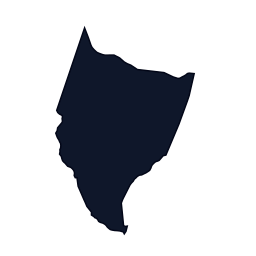 Quixeré, Ceará, Brazil, rotated 263°
{"feature_id": "56859067B90089990394430", "entity_name": "Quixeré", "entity_type": "district", "adm_level": 2, "iso_a3": "BRA", "parent_name": "Brazil", "parent_adm1": "Ceará", "projection": "mercator", "projection_center": [-37.907, -5.11], "detail": "fine", "context": "isolated", "style": "filled", "palette": "ink", "viewbox_px": 256, "rotation_deg": 263, "n_neighbors": 0, "source": "geoboundaries", "source_scale": "gbopen_adm2", "svg_char_len": 1486}
<svg xmlns="http://www.w3.org/2000/svg" viewBox="0 0 256 256"><g transform="rotate(263 128 128)"><path d="M154.2,59.4L151.9,60.2L150.2,61.7L148.4,64.3L146.7,64.2L145.2,63.7L143.6,63.8L141.8,63.5L136.8,58.2L134.0,57.4L131.7,55.7L128.9,56.3L127.0,56.8L124.4,58.0L122.5,58.5L120.9,59.2L118.7,59.2L116.4,58.7L114.9,57.8L112.6,57.6L110.4,56.9L107.9,58.4L105.9,58.6L103.5,59.1L101.9,60.2L100.6,61.4L99.0,62.4L97.4,63.5L96.6,65.0L95.9,66.4L94.5,67.7L92.8,68.8L91.3,69.3L89.7,69.4L87.3,68.8L85.1,69.6L84.9,71.3L76.2,71.4L74.6,71.9L61.8,75.7L59.3,76.5L55.1,77.7L49.0,81.5L46.1,81.1L44.3,83.3L43.0,84.2L42.2,85.8L40.7,86.8L38.9,87.5L37.8,88.9L36.6,91.6L35.2,93.4L33.9,94.5L32.2,95.4L30.8,96.6L29.4,98.0L28.7,99.6L27.9,102.3L27.4,105.0L26.8,107.5L25.4,110.7L23.4,111.4L25.7,113.4L30.7,115.3L30.6,113.4L31.6,111.7L54.3,112.2L57.0,113.6L58.7,114.6L71.2,123.0L72.9,124.6L74.6,126.7L76.4,128.0L77.5,129.7L78.8,131.3L79.8,133.5L79.8,135.9L80.7,138.4L81.3,140.3L82.2,142.2L83.3,144.3L85.4,145.8L87.1,146.6L88.5,147.6L90.1,149.6L91.2,151.3L91.6,153.5L92.1,155.0L93.7,156.8L96.2,159.5L96.5,162.3L125.8,179.1L147.6,190.2L152.6,192.6L173.9,200.3L175.0,195.4L174.8,193.6L173.6,191.8L172.8,190.0L172.2,188.2L171.1,185.6L171.1,183.6L173.1,179.2L178.6,170.5L184.9,144.4L190.0,138.5L191.9,135.1L194.0,132.3L198.5,128.3L202.1,123.0L203.1,114.1L203.8,112.0L205.8,108.1L207.0,106.2L210.0,103.7L212.4,102.1L214.7,101.3L222.7,99.6L232.6,97.1L154.2,59.4Z" fill="#0f172a" stroke="#020617" stroke-width="1.5"/></g></svg>